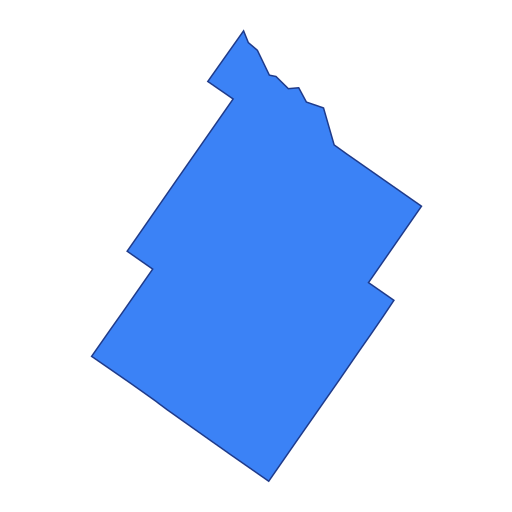 outline of Marshall, Mississippi, United States of America, rotated 215°
{"feature_id": "52423323B50167951251333", "entity_name": "Marshall", "entity_type": "district", "adm_level": 2, "iso_a3": "USA", "parent_name": "United States of America", "parent_adm1": "Mississippi", "projection": "mercator", "projection_center": [-89.469, 34.745], "detail": "fine", "context": "isolated", "style": "filled", "palette": "blue", "viewbox_px": 512, "rotation_deg": 215, "n_neighbors": 0, "source": "geoboundaries", "source_scale": "gbopen_adm2", "svg_char_len": 605}
<svg xmlns="http://www.w3.org/2000/svg" viewBox="0 0 512 512"><g transform="rotate(215 256 256)"><path d="M333.1,79.5L302.2,79.7L285.2,79.8L254.9,79.6L250.9,79.4L240.7,79.1L209.3,78.9L163.2,78.7L116.4,78.8L116.6,126.8L116.7,203.8L117.0,237.2L117.0,258.0L117.2,279.2L117.6,298.8L148.6,298.7L149.0,391.7L240.8,391.6L255.7,391.8L285.6,416.0L303.0,411.0L317.5,418.3L325.5,411.6L342.6,414.5L348.8,411.8L372.9,425.3L384.7,426.4L395.3,433.3L395.6,371.3L364.8,371.5L364.6,273.4L364.3,202.9L364.3,186.0L333.1,186.0L333.0,134.2L333.1,113.5L333.1,79.5Z" fill="#3b82f6" stroke="#1e3a8a" stroke-width="1.5"/></g></svg>